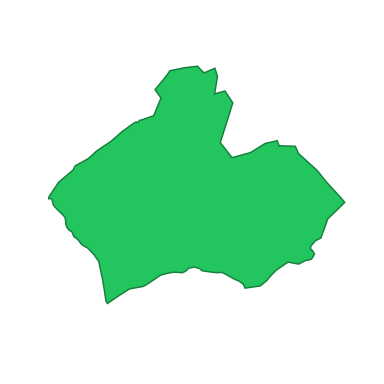 outline of Um Rawaba, North Kordufan, Sudan, rotated 61°
{"feature_id": "16777658B38678989817787", "entity_name": "Um Rawaba", "entity_type": "district", "adm_level": 2, "iso_a3": "SDN", "parent_name": "Sudan", "parent_adm1": "North Kordufan", "projection": "equal_earth", "projection_center": [31.53, 13.161], "detail": "fine", "context": "isolated", "style": "filled", "palette": "green", "viewbox_px": 384, "rotation_deg": 61, "n_neighbors": 0, "source": "geoboundaries", "source_scale": "gbopen_adm2", "svg_char_len": 3319}
<svg xmlns="http://www.w3.org/2000/svg" viewBox="0 0 384 384"><g transform="rotate(61 192 192)"><path d="M248.5,320.0L248.5,319.9L248.5,319.7L248.4,319.0L248.4,318.8L248.1,315.1L247.7,311.3L247.3,306.6L247.2,305.4L247.1,304.6L247.0,302.7L246.8,298.3L246.7,297.7L246.5,293.5L249.1,285.9L249.3,285.1L249.6,284.5L251.0,280.1L250.9,276.9L250.8,274.4L250.7,272.8L250.6,272.3L250.4,269.6L249.9,264.2L249.9,263.9L249.8,263.6L249.8,263.0L249.7,262.5L249.7,261.9L249.6,260.9L249.5,260.0L249.5,259.8L249.5,259.6L249.8,258.5L249.9,258.1L250.0,257.5L250.7,255.0L251.0,253.5L252.2,250.0L253.2,247.0L254.1,245.5L255.3,243.5L255.5,243.2L255.9,242.6L256.1,242.3L257.0,241.1L257.3,240.5L257.9,239.5L257.9,239.2L258.0,238.8L258.1,238.1L258.1,237.9L258.2,236.5L258.2,236.0L258.1,235.8L258.0,235.4L257.1,231.7L257.2,231.2L258.8,226.3L262.4,222.7L262.9,222.4L265.8,221.3L268.2,218.2L269.6,216.4L273.1,211.6L274.5,209.7L276.9,204.7L277.0,204.7L279.0,203.2L288.8,197.2L289.8,196.4L293.1,193.8L295.5,192.8L296.0,192.6L297.7,191.8L301.8,192.2L305.1,183.5L306.4,180.1L306.5,179.8L307.2,177.8L307.2,177.5L306.1,171.8L305.6,169.0L304.7,167.0L303.7,164.6L301.8,158.1L301.2,156.4L301.2,156.0L300.2,145.8L299.9,141.9L301.0,140.6L305.5,135.2L306.7,133.7L306.8,133.6L306.8,133.2L306.8,131.7L306.9,129.1L306.9,128.2L307.0,125.7L307.1,125.4L307.3,124.8L307.9,123.3L308.3,121.6L308.7,120.0L308.6,119.8L307.2,117.5L305.9,115.4L305.6,114.9L305.2,114.9L302.2,115.0L299.2,115.8L298.9,115.9L297.2,114.4L296.9,114.3L296.0,111.8L294.8,108.6L294.5,107.7L294.4,107.4L294.4,107.2L294.6,104.5L294.6,103.8L294.7,101.5L292.0,98.4L290.7,97.0L289.8,95.9L288.7,94.6L287.6,93.4L286.6,92.3L286.6,92.2L283.9,89.2L282.8,88.0L281.2,86.1L281.1,85.5L280.4,82.8L279.8,80.7L279.5,79.6L279.4,79.2L279.1,77.9L278.6,75.9L278.3,74.8L278.2,74.5L277.6,72.2L277.4,71.4L276.8,69.5L276.1,66.8L275.5,64.9L275.2,63.5L274.6,63.6L274.0,63.7L272.4,64.0L271.5,64.1L262.6,66.2L251.8,68.8L248.4,69.6L233.8,72.1L225.9,74.8L210.0,80.2L202.1,79.5L193.8,93.4L188.5,92.6L188.4,92.7L187.4,96.3L185.0,104.6L185.9,121.6L181.4,140.3L162.5,143.3L149.7,129.8L140.3,119.9L133.8,113.1L119.6,114.2L117.2,124.7L103.1,113.6L94.9,112.0L93.7,123.7L84.6,126.3L83.2,129.8L79.4,139.0L79.3,139.4L79.3,139.6L75.3,152.4L75.3,152.6L78.3,158.8L78.3,159.0L79.0,160.4L84.0,173.3L84.6,174.7L94.8,173.6L106.7,188.5L106.0,192.0L105.7,194.3L104.7,200.3L103.9,203.4L104.6,204.7L104.9,205.5L104.6,206.5L103.8,206.7L103.5,207.5L103.9,212.6L105.3,224.0L105.4,224.6L105.5,224.7L105.5,224.8L108.4,238.3L109.8,254.4L109.8,254.5L109.9,255.4L112.5,266.4L112.5,281.5L115.1,285.2L118.8,303.8L125.7,317.2L127.1,319.9L128.5,320.5L128.5,320.4L129.2,318.9L130.4,318.0L130.6,318.1L131.3,318.3L135.8,319.5L138.4,319.2L140.7,318.6L141.8,318.3L142.9,318.0L148.6,316.3L151.1,315.7L152.3,315.4L153.1,315.4L153.7,315.7L154.8,316.1L155.0,316.2L159.2,318.0L162.4,318.5L163.2,318.4L165.6,318.0L166.4,317.7L167.2,317.2L168.1,316.4L168.8,316.4L173.8,316.9L178.5,314.8L183.6,314.2L186.2,313.2L189.9,310.7L194.0,309.4L196.7,308.7L197.5,308.5L199.3,308.0L203.6,307.7L205.2,307.5L207.1,307.1L211.7,308.5L212.6,308.8L214.9,309.5L221.1,311.4L225.1,312.6L230.8,314.7L233.5,315.6L234.7,316.0L237.3,317.0L237.9,317.2L239.7,317.9L243.5,319.3L245.7,320.1L245.8,320.1L246.9,320.1L247.6,320.0L248.5,320.0Z" fill="#22c55e" stroke="#15803d" stroke-width="1.5"/></g></svg>